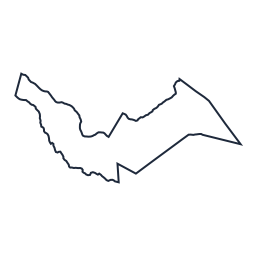 Marco, Ceará, Brazil
{"feature_id": "56859067B41689548949789", "entity_name": "Marco", "entity_type": "district", "adm_level": 2, "iso_a3": "BRA", "parent_name": "Brazil", "parent_adm1": "Ceará", "projection": "mercator", "projection_center": [-40.328, -3.184], "detail": "fine", "context": "isolated", "style": "outline", "palette": "slate", "viewbox_px": 256, "rotation_deg": 0, "n_neighbors": 0, "source": "geoboundaries", "source_scale": "gbopen_adm2", "svg_char_len": 2642}
<svg xmlns="http://www.w3.org/2000/svg" viewBox="0 0 256 256"><path d="M204.3,97.1L195.6,91.1L187.8,85.2L179.5,79.0L179.3,80.8L177.4,81.1L175.8,82.5L175.0,84.4L173.9,86.1L174.7,88.3L175.3,90.5L175.8,92.3L175.8,93.7L174.2,94.8L173.1,95.8L171.7,97.4L170.3,98.2L168.2,99.3L166.4,99.8L164.4,101.5L162.9,102.5L162.0,103.5L160.7,104.2L159.0,104.8L157.7,106.7L156.4,107.9L154.3,108.9L152.8,110.1L152.4,111.4L151.0,112.3L149.5,113.1L148.0,114.7L145.8,115.3L144.2,116.5L142.6,117.4L140.8,117.2L139.3,118.4L138.2,119.2L137.5,120.4L135.9,120.9L134.0,120.0L131.9,119.4L130.4,119.3L128.7,118.8L127.5,117.5L126.9,116.2L125.7,114.6L124.2,113.9L122.7,113.3L108.6,136.9L106.8,135.8L105.6,134.5L104.5,133.3L103.3,132.6L101.8,132.5L100.1,132.3L98.5,132.3L96.6,133.5L95.4,134.6L93.9,135.2L92.5,136.0L90.9,136.5L88.6,136.7L86.5,136.5L84.6,136.4L83.0,135.7L82.3,134.6L81.6,132.5L81.0,131.1L80.3,129.8L79.9,128.2L79.9,126.5L80.0,124.4L80.5,122.8L81.2,121.7L80.7,119.5L79.6,117.3L79.3,115.4L78.1,113.9L76.8,112.1L75.9,111.3L74.7,110.3L74.2,109.0L73.3,107.8L71.6,106.2L69.4,105.0L67.8,104.6L66.3,103.9L64.5,103.6L63.2,102.8L61.7,102.2L59.2,102.6L57.4,102.5L56.1,102.0L55.1,101.1L54.3,99.9L53.2,98.6L52.1,97.3L50.9,95.5L49.2,93.3L48.1,91.9L46.9,91.5L45.1,91.4L43.5,91.0L41.9,90.3L40.4,89.2L38.9,87.8L37.2,86.0L35.2,84.0L32.7,82.6L31.0,82.0L29.9,80.8L28.7,79.5L28.1,77.7L26.7,76.3L25.3,75.0L23.1,74.7L21.3,73.7L15.4,95.5L17.2,97.3L18.6,98.5L20.0,99.3L21.6,99.7L23.5,100.0L26.1,100.1L27.6,101.4L29.2,102.4L30.0,103.5L31.6,104.7L33.2,105.0L34.5,106.0L35.6,107.0L35.8,108.6L37.2,110.1L38.7,111.5L39.8,114.1L40.0,116.4L39.8,118.2L40.3,119.6L40.6,120.9L40.3,122.7L41.1,124.7L41.3,126.6L42.8,127.3L43.7,128.2L44.0,129.6L44.0,131.1L44.9,132.5L46.5,133.3L47.6,134.2L48.5,135.9L49.0,138.3L49.2,140.7L50.0,142.5L50.9,143.8L52.1,142.9L53.4,143.9L53.4,145.6L54.5,147.8L55.1,150.2L55.9,152.0L57.6,152.5L58.8,151.8L60.4,151.7L61.3,153.2L62.4,154.7L63.4,156.7L63.4,158.3L64.6,159.9L66.3,161.0L67.3,162.6L68.7,164.6L69.1,166.6L70.2,167.6L71.7,167.5L73.9,168.0L75.7,167.8L78.1,168.1L80.2,168.0L81.8,168.6L82.7,169.9L82.5,171.7L83.6,172.7L85.0,173.3L86.2,174.5L88.0,175.2L90.0,174.9L90.9,172.8L92.9,172.2L95.0,172.9L96.7,174.0L97.9,174.6L99.2,173.6L100.9,174.8L102.1,176.2L103.6,177.3L105.2,178.7L106.5,180.1L108.3,180.9L110.5,179.9L112.4,179.8L113.7,180.3L114.8,181.3L116.7,181.8L118.7,182.3L117.5,163.7L123.3,166.8L135.9,173.6L151.1,162.3L158.0,157.2L178.1,142.4L181.3,140.0L188.6,134.7L190.8,134.6L193.4,134.9L195.1,134.5L196.5,134.4L197.8,134.2L199.6,134.0L201.2,134.0L202.6,134.8L240.6,144.2L225.2,123.6L209.0,100.9L204.3,97.1Z" fill="none" stroke="#1e293b" stroke-width="2"/></svg>